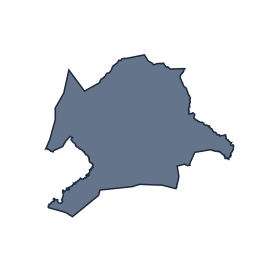 Juticalpa, Olancho, Honduras, rotated 165°
{"feature_id": "27666195B18258905744745", "entity_name": "Juticalpa", "entity_type": "district", "adm_level": 2, "iso_a3": "HND", "parent_name": "Honduras", "parent_adm1": "Olancho", "projection": "mercator", "projection_center": [-86.362, 14.531], "detail": "fine", "context": "isolated", "style": "filled", "palette": "slate", "viewbox_px": 256, "rotation_deg": 165, "n_neighbors": 0, "source": "geoboundaries", "source_scale": "gbopen_adm2", "svg_char_len": 5618}
<svg xmlns="http://www.w3.org/2000/svg" viewBox="0 0 256 256"><g transform="rotate(165 128 128)"><path d="M170.1,199.3L181.0,178.3L193.2,166.0L196.0,155.1L206.3,137.4L209.9,132.8L212.9,129.1L212.3,129.2L211.4,129.0L210.9,127.9L210.4,128.1L210.1,127.7L209.6,127.4L209.2,126.5L208.8,126.1L208.6,125.5L207.7,125.3L207.5,124.9L206.7,124.3L206.4,124.8L206.1,124.9L205.5,125.5L204.4,125.7L203.7,125.7L196.0,127.0L191.6,131.3L186.2,134.9L184.0,133.1L186.0,131.8L186.1,131.2L185.2,129.8L184.8,128.5L183.9,127.5L183.1,126.1L183.1,124.3L182.9,123.6L182.5,123.1L181.5,122.6L180.9,121.2L180.1,120.3L179.6,120.0L178.9,119.2L178.3,118.9L177.2,116.8L176.5,116.5L176.4,116.2L176.8,116.1L176.2,115.2L176.1,114.5L175.7,114.3L175.9,113.5L175.8,113.2L174.6,112.5L174.0,111.8L174.0,110.8L173.3,110.0L173.5,109.7L173.4,108.7L173.8,108.3L173.6,108.0L173.9,107.2L173.9,106.0L173.6,105.5L173.7,105.3L173.8,104.7L173.6,104.5L172.6,103.8L172.2,103.3L172.1,102.8L171.6,102.8L171.5,102.2L171.1,101.5L171.7,100.7L172.6,100.0L172.6,99.7L172.0,99.2L171.9,98.9L172.6,98.5L174.1,98.7L174.4,98.3L174.3,97.1L174.5,96.9L174.9,96.9L175.6,97.6L175.9,97.6L176.2,96.8L176.2,96.1L176.6,94.8L177.0,94.5L177.9,94.6L178.2,94.3L178.2,93.8L177.7,93.0L177.8,92.6L178.5,92.0L179.2,91.8L179.7,91.9L179.9,92.1L179.3,92.8L179.2,93.5L179.5,93.7L180.4,93.6L180.9,93.1L180.7,92.3L181.1,90.9L181.3,90.7L181.9,90.7L182.3,91.1L182.6,91.2L182.9,90.8L184.1,90.6L184.7,90.2L185.2,90.1L186.0,90.8L186.5,91.7L186.9,91.9L187.6,91.1L188.7,90.6L189.2,90.1L190.4,90.0L191.0,89.2L191.6,89.1L192.3,89.3L192.7,89.3L192.9,88.9L192.9,88.1L193.2,87.7L193.9,87.7L194.4,88.7L194.9,88.9L194.9,88.1L195.0,87.8L195.3,87.6L195.9,87.6L196.7,86.6L197.1,86.5L197.9,86.6L198.7,86.0L200.0,86.1L200.7,85.9L201.0,85.7L201.1,85.3L200.5,84.4L200.6,83.9L201.0,83.5L201.4,83.5L201.9,83.9L202.1,85.4L202.6,85.8L202.9,85.7L203.1,85.6L203.4,84.5L203.7,84.1L204.4,83.7L205.2,83.5L205.6,83.0L206.0,82.8L206.3,83.1L206.2,83.9L206.4,84.5L206.7,84.8L207.0,84.7L207.4,84.1L207.7,83.2L207.8,82.3L207.6,81.1L208.2,79.1L208.5,78.5L209.5,77.5L209.8,76.4L210.6,76.1L210.8,75.9L210.8,75.5L210.3,74.5L210.1,73.8L210.5,73.4L211.4,73.2L212.4,72.6L213.2,73.1L214.3,73.5L215.2,75.3L214.5,76.3L214.5,76.9L215.2,77.2L216.4,77.5L216.9,78.0L217.3,78.9L217.7,79.1L218.3,78.8L218.6,78.4L218.4,77.9L217.9,77.1L217.9,76.7L218.1,76.4L218.5,76.2L219.7,76.6L220.7,76.0L221.5,75.9L221.8,75.0L222.1,74.8L222.8,74.6L223.7,74.9L224.0,74.8L224.6,73.4L225.2,73.2L225.5,72.8L225.5,72.4L225.2,71.5L210.3,62.7L204.6,56.7L173.9,70.5L171.1,75.3L138.7,70.2L131.4,70.6L109.7,63.9L97.5,57.0L95.9,58.7L95.9,59.0L96.0,59.6L95.8,60.3L95.0,60.9L95.1,61.3L94.2,62.4L94.1,62.9L92.8,64.8L92.3,66.3L91.8,67.2L91.3,69.0L90.4,78.5L82.3,78.4L81.8,77.4L81.0,76.9L80.2,76.1L78.8,76.2L77.7,76.0L77.6,77.4L76.7,78.6L76.2,79.5L75.3,80.4L69.8,87.2L53.5,85.6L52.6,85.1L52.4,84.5L51.7,84.4L50.8,83.5L50.0,83.4L49.0,82.6L47.9,82.5L47.6,82.1L47.3,82.3L46.7,82.2L46.5,81.8L46.0,81.3L45.2,81.1L44.8,80.5L44.9,80.3L44.6,80.1L44.6,79.9L44.3,79.7L44.0,79.2L43.9,78.6L43.1,77.6L42.5,77.3L42.4,76.8L42.0,76.8L41.9,75.9L42.2,75.5L41.8,75.2L42.2,73.8L42.0,73.3L41.7,73.2L40.9,73.5L40.0,73.3L40.1,72.6L39.4,72.3L38.7,71.6L38.6,71.8L38.9,72.3L38.9,72.5L37.5,73.6L37.2,74.1L36.9,73.7L36.4,73.6L36.2,74.1L35.8,74.7L35.4,75.1L35.5,75.2L36.0,75.2L35.4,76.1L35.4,76.8L34.8,77.3L34.7,77.5L33.7,77.9L33.0,78.9L32.2,79.3L31.9,80.4L31.6,80.8L31.6,81.1L31.2,81.7L30.9,83.1L30.5,83.7L30.5,84.0L31.0,84.5L31.5,84.6L32.0,84.2L32.7,84.4L32.9,84.7L33.2,85.2L33.0,86.3L32.3,86.5L31.7,87.1L32.8,87.5L33.2,88.0L33.6,88.8L34.2,89.1L34.3,89.5L34.1,90.4L34.3,90.5L34.9,90.6L35.8,92.3L36.3,92.6L36.2,93.0L35.5,93.8L35.8,94.3L35.9,94.7L35.4,95.9L35.4,96.1L35.6,96.2L36.3,96.3L38.0,96.1L39.6,96.5L41.3,96.5L41.5,96.6L41.3,97.4L41.4,97.7L42.4,98.0L43.2,98.0L43.5,98.2L43.8,98.6L43.8,99.5L44.3,100.0L44.2,100.6L45.5,101.7L46.5,102.0L46.4,102.7L47.0,103.7L47.0,104.8L47.2,105.3L48.4,106.5L48.7,107.6L49.1,107.5L49.4,107.5L49.3,107.9L48.8,108.3L48.9,109.0L49.6,109.1L50.9,109.8L51.0,110.3L51.4,110.5L53.4,111.2L53.7,111.7L53.5,112.8L54.2,113.8L55.1,114.4L55.9,114.5L57.1,115.1L57.6,115.9L58.6,116.0L58.6,116.7L59.5,117.9L60.2,118.0L60.7,118.5L60.7,119.2L61.6,120.5L61.7,120.9L61.4,121.5L60.6,122.7L60.0,124.0L61.3,125.8L61.8,125.9L62.2,125.5L62.5,125.4L62.9,125.5L63.5,125.8L64.5,125.5L65.8,125.9L65.3,127.0L64.6,127.8L64.9,128.1L64.7,128.7L65.1,129.5L64.3,130.1L64.3,131.1L63.9,132.0L63.4,132.6L62.9,132.4L63.0,133.9L62.6,134.0L62.5,134.7L62.0,135.9L61.4,136.2L61.5,136.8L60.9,138.0L61.1,138.4L61.0,139.2L61.2,139.5L60.2,140.2L60.0,140.6L60.4,143.1L60.3,143.4L61.0,144.3L61.1,144.7L61.1,145.4L60.9,146.1L61.3,147.2L61.1,147.8L61.4,149.6L61.3,150.7L61.6,151.3L61.8,152.3L62.9,153.1L63.2,153.7L63.3,154.4L63.7,155.1L63.6,155.7L63.8,156.2L63.5,157.2L64.1,159.0L64.2,159.7L64.1,160.3L64.2,161.3L64.5,162.0L64.6,162.8L64.4,163.5L64.4,164.2L64.2,164.7L63.3,165.3L63.0,166.2L61.1,167.0L60.0,168.0L58.7,170.0L58.2,170.3L57.1,170.5L71.8,174.0L72.6,174.9L73.6,176.7L74.0,176.9L74.7,176.6L75.3,177.0L76.0,178.7L76.4,179.5L76.8,181.3L77.2,181.5L78.0,181.7L79.0,181.5L79.7,181.6L80.3,182.2L81.8,182.3L83.4,182.7L86.8,182.3L87.0,182.4L87.6,184.0L88.2,184.9L89.5,185.9L91.3,187.8L93.2,194.4L112.2,195.7L112.9,196.2L115.5,196.3L116.1,196.3L116.3,196.2L117.4,195.0L119.3,195.8L119.8,195.4L120.6,194.4L121.9,193.6L123.8,192.8L124.6,192.3L126.0,192.1L127.0,191.0L127.7,190.6L128.0,189.7L129.0,188.4L131.8,186.2L133.8,186.4L134.3,186.2L135.3,185.6L136.0,184.7L136.2,184.3L137.3,183.5L138.9,182.8L141.4,182.1L142.8,180.7L143.5,179.4L143.8,179.1L160.5,174.9L170.1,199.3Z" fill="#64748b" stroke="#1e293b" stroke-width="1.5"/></g></svg>